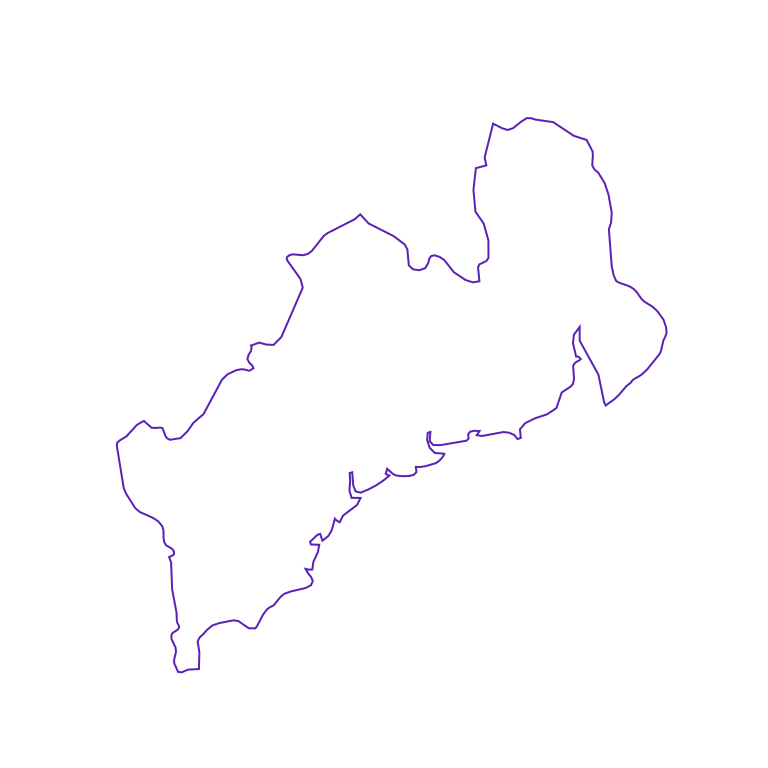 Manche, Equal Earth projection, rotated 252°
{"feature_id": "FRA-5322", "entity_name": "Manche", "entity_type": "Metropolitan department", "adm_level": 1, "iso_a3": "FRA", "parent_name": "France", "parent_adm1": "", "projection": "equal_earth", "projection_center": [-1.411, 49.095], "detail": "fine", "context": "isolated", "style": "outline", "palette": "violet", "viewbox_px": 768, "rotation_deg": 252, "n_neighbors": 0, "source": "natural_earth", "source_scale": "10m", "svg_char_len": 3679}
<svg xmlns="http://www.w3.org/2000/svg" viewBox="0 0 768 768"><g transform="rotate(252 384 384)"><path d="M295.0,588.3L298.5,587.7L326.6,590.8L364.8,583.5L377.8,587.7L372.2,579.8L364.3,576.3L350.7,575.2L350.6,576.3L349.0,578.0L347.0,578.8L346.0,576.7L345.6,573.7L344.4,571.2L342.6,569.4L330.3,566.4L325.9,563.9L324.0,561.1L321.0,550.4L307.8,540.5L304.8,529.7L304.7,517.1L303.2,506.4L298.9,499.3L290.4,497.4L290.4,494.0L295.3,492.1L299.0,488.0L301.4,482.8L304.3,461.0L306.7,456.4L309.7,460.3L311.7,455.1L312.0,451.1L310.2,448.5L306.0,447.6L304.6,445.0L308.4,418.8L310.7,412.0L315.5,409.8L324.1,413.3L324.1,410.5L317.3,407.7L309.3,407.7L302.7,411.0L299.9,417.9L298.8,419.8L296.3,417.1L293.8,412.6L292.7,408.8L293.0,398.0L293.8,393.2L295.3,388.6L290.3,387.7L288.4,384.3L288.8,379.2L290.5,373.4L293.0,367.6L295.5,364.8L302.4,360.8L298.0,357.9L297.2,358.6L295.3,360.8L292.4,353.6L290.0,345.1L288.5,336.3L287.9,328.1L290.7,323.8L297.1,323.4L309.9,326.5L309.9,323.8L302.4,321.9L293.3,318.2L285.7,318.0L282.9,326.5L277.3,321.0L271.5,304.4L266.2,299.1L268.5,297.1L269.5,296.4L271.1,295.7L260.9,289.0L256.6,284.0L254.0,277.0L261.2,277.0L261.2,274.2L256.7,264.9L254.0,264.9L251.1,272.7L244.6,269.2L236.7,261.9L229.7,258.5L230.6,255.4L231.3,254.1L232.4,252.3L227.4,253.3L222.8,255.1L218.6,255.4L215.2,252.3L214.2,246.5L215.5,231.1L215.3,224.6L214.3,221.6L212.8,218.7L207.7,210.9L207.2,208.7L207.0,206.4L205.7,202.9L202.3,198.0L193.2,188.7L191.3,186.1L193.6,179.8L203.6,172.2L205.8,167.6L207.5,153.6L207.4,146.1L204.8,139.7L201.9,134.7L200.0,130.4L196.9,127.3L185.6,125.4L170.1,119.9L172.9,109.3L172.3,102.7L173.8,99.2L183.3,98.2L186.6,99.2L193.5,103.4L197.7,104.3L207.5,103.1L211.0,104.3L212.7,106.3L214.0,111.7L215.6,113.8L217.2,114.2L221.1,113.6L222.8,113.8L230.5,116.0L253.9,119.0L280.2,126.4L285.8,126.1L286.0,127.1L286.1,129.3L286.9,131.5L289.5,132.5L292.8,131.5L297.6,127.1L301.4,126.1L305.5,126.7L312.9,129.0L317.1,129.2L323.1,126.9L328.5,122.5L337.6,112.3L342.7,109.1L359.0,104.9L365.4,104.3L407.7,110.8L410.6,112.1L412.0,115.3L413.7,122.7L421.5,136.4L423.1,144.2L414.1,149.5L412.6,153.7L411.7,157.9L410.3,159.8L402.5,160.0L399.4,160.9L397.1,163.2L395.4,173.8L399.9,182.7L405.9,190.6L411.2,203.1L438.2,231.3L441.6,238.2L442.8,248.0L442.1,253.0L440.5,256.5L438.9,258.8L438.2,260.2L439.4,264.8L442.3,264.4L446.1,262.4L450.1,261.8L453.9,264.5L456.5,267.8L460.3,269.6L461.7,269.3L461.9,278.1L457.8,284.4L455.3,291.0L460.4,300.9L500.7,336.5L509.8,337.0L530.9,330.3L533.2,330.1L534.8,331.2L535.8,334.2L535.4,337.5L531.4,347.2L531.3,352.0L532.9,356.6L543.3,372.2L544.9,376.7L549.8,407.2L552.7,413.8L541.4,419.0L521.6,438.9L510.1,446.9L504.7,447.8L489.3,444.3L484.1,447.0L481.3,452.6L481.4,458.9L485.4,463.5L489.2,465.8L491.1,468.5L490.8,471.8L487.7,476.2L483.1,479.7L468.7,485.0L457.7,493.7L453.2,500.0L452.2,506.5L465.9,509.5L468.3,511.7L469.3,519.3L471.6,522.3L488.4,527.7L505.8,528.4L519.7,524.2L540.8,529.0L560.9,538.1L560.3,548.9L568.3,549.7L597.9,568.2L590.9,575.2L587.4,580.1L587.5,586.0L591.2,595.7L592.7,602.0L591.3,606.1L588.7,609.7L580.8,625.8L561.4,641.2L553.5,652.1L540.4,654.3L537.9,653.4L535.9,653.1L534.6,652.3L527.4,649.6L523.6,650.3L520.9,651.6L520.0,652.5L518.2,653.2L506.5,656.0L494.5,656.0L476.5,653.5L467.3,649.8L461.7,645.7L425.4,636.9L416.5,636.0L410.1,636.7L407.2,639.5L402.4,646.0L399.8,648.8L396.9,651.0L393.9,652.5L385.3,655.2L381.8,657.1L374.5,663.3L368.9,666.4L358.8,669.7L350.5,669.8L345.2,668.5L341.7,665.8L339.0,663.1L330.0,657.8L327.3,655.2L316.6,638.9L313.6,632.6L312.6,629.3L311.6,624.0L310.7,621.4L309.0,619.1L307.0,613.7L301.3,604.5L298.3,598.2L297.3,595.2L296.7,593.0L295.4,589.2L295.0,588.3Z" fill="none" stroke="#5b21b6" stroke-width="2"/></g></svg>